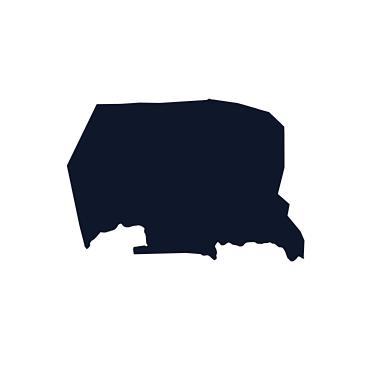 San Pedro Atoyac, Oaxaca, Mexico, rotated 219°
{"feature_id": "50627088B39199375573066", "entity_name": "San Pedro Atoyac", "entity_type": "district", "adm_level": 2, "iso_a3": "MEX", "parent_name": "Mexico", "parent_adm1": "Oaxaca", "projection": "robinson", "projection_center": [-97.99, 16.522], "detail": "fine", "context": "isolated", "style": "filled", "palette": "ink", "viewbox_px": 384, "rotation_deg": 219, "n_neighbors": 0, "source": "geoboundaries", "source_scale": "gbopen_adm2", "svg_char_len": 2918}
<svg xmlns="http://www.w3.org/2000/svg" viewBox="0 0 384 384"><g transform="rotate(219 192 192)"><path d="M257.7,95.5L242.9,84.5L240.5,82.6L239.6,82.6L238.4,82.2L238.0,83.2L238.1,83.6L238.0,84.8L238.2,85.7L238.7,86.7L239.9,87.4L239.9,88.1L240.0,89.7L240.2,90.7L239.8,91.7L239.5,92.5L239.0,94.0L238.9,95.6L238.7,97.0L238.7,98.5L238.7,100.1L238.5,101.5L238.8,102.5L238.7,103.4L236.4,105.0L235.2,105.8L233.9,107.1L233.3,108.2L232.2,109.6L231.1,111.5L230.3,112.4L229.3,114.1L228.9,116.4L229.0,117.7L229.2,119.4L229.3,120.7L228.9,121.7L228.2,123.0L227.4,123.5L226.2,123.7L224.8,123.2L223.3,123.1L221.8,123.5L220.8,124.3L219.9,125.0L218.9,126.0L218.1,127.4L217.4,128.6L216.1,130.0L214.8,131.2L213.6,132.7L212.5,133.4L211.0,134.2L209.7,134.4L208.5,134.7L207.7,134.7L206.1,134.6L205.2,134.2L204.8,133.3L203.8,131.7L203.0,131.1L202.1,130.9L201.2,130.4L199.5,129.0L198.6,128.1L197.4,126.8L196.5,125.8L195.9,125.1L194.9,124.1L194.0,123.8L192.7,123.4L192.0,122.5L192.1,121.0L193.0,120.5L193.6,120.1L194.9,119.9L195.7,119.0L196.8,117.8L198.0,116.5L199.1,115.4L200.0,114.1L201.4,113.0L201.8,112.2L201.2,111.0L199.4,109.2L198.3,108.3L198.0,108.0L170.7,131.3L158.9,141.4L146.5,149.9L146.2,149.9L145.4,150.0L143.7,150.2L142.9,150.9L142.1,151.5L141.4,152.6L140.0,153.5L138.3,154.0L137.3,153.9L135.9,153.8L134.8,153.7L134.0,153.7L133.1,153.6L132.0,153.9L131.7,155.6L132.6,156.5L134.0,157.6L134.4,159.0L135.1,160.3L137.4,162.1L138.8,162.7L140.4,163.6L141.0,164.3L141.2,166.1L141.4,168.0L141.3,169.6L140.4,170.3L139.3,170.3L138.0,170.2L136.7,169.8L135.9,169.8L134.5,171.0L133.9,172.1L133.8,173.2L133.1,174.6L132.7,175.9L132.1,176.7L130.9,176.9L129.3,177.3L128.3,177.2L127.4,177.4L125.9,178.4L124.6,179.0L122.9,179.8L121.0,180.3L120.3,181.1L119.6,181.7L119.1,183.1L119.2,183.9L119.1,185.8L118.2,187.8L116.8,189.2L115.8,190.2L114.4,191.3L113.1,192.5L112.0,193.1L110.9,193.5L110.2,193.4L109.1,193.6L107.5,194.7L106.7,195.4L105.7,196.0L104.9,197.2L104.6,197.9L103.7,198.7L102.3,199.9L101.6,200.6L100.7,202.3L99.7,202.8L98.1,203.1L97.3,203.2L96.0,204.3L94.5,204.5L89.9,204.5L89.0,205.3L88.0,205.9L86.5,206.4L84.2,205.9L81.2,204.6L77.4,202.3L75.9,201.5L73.5,201.3L72.4,201.2L71.9,201.1L70.9,201.7L70.2,202.8L69.6,205.4L69.7,208.4L69.2,209.7L67.4,210.4L63.5,210.7L64.3,211.0L65.0,211.5L74.6,224.5L83.2,229.0L99.1,232.2L103.4,233.0L104.1,234.4L105.0,236.0L106.3,238.5L108.0,241.5L108.3,242.1L108.9,243.2L109.4,243.2L114.4,243.4L116.1,243.5L119.8,243.6L124.4,243.7L124.5,243.7L129.8,255.2L136.2,268.9L153.0,289.5L157.2,294.7L157.9,295.5L161.2,299.4L161.9,300.1L163.5,300.2L165.2,300.4L173.4,301.1L176.0,301.3L182.3,301.8L184.6,300.8L189.3,298.7L192.5,297.4L195.2,296.4L199.5,294.5L200.5,294.1L207.7,291.1L207.9,291.0L209.6,290.2L210.9,289.7L212.4,289.0L233.6,276.4L234.3,275.7L237.0,274.7L237.7,272.5L270.7,242.1L272.9,240.1L288.4,228.0L302.3,215.1L320.5,200.0L305.2,134.2L257.7,95.5Z" fill="#0f172a" stroke="#020617" stroke-width="1.5"/></g></svg>